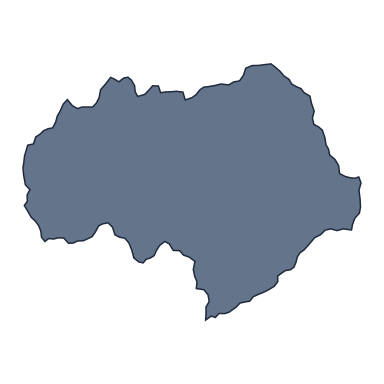 the district of Presidente Bernardes, Minas Gerais, Brazil
{"feature_id": "56859067B22989959001744", "entity_name": "Presidente Bernardes", "entity_type": "district", "adm_level": 2, "iso_a3": "BRA", "parent_name": "Brazil", "parent_adm1": "Minas Gerais", "projection": "equal_earth", "projection_center": [-43.159, -20.778], "detail": "fine", "context": "isolated", "style": "filled", "palette": "slate", "viewbox_px": 384, "rotation_deg": 0, "n_neighbors": 0, "source": "geoboundaries", "source_scale": "gbopen_adm2", "svg_char_len": 2280}
<svg xmlns="http://www.w3.org/2000/svg" viewBox="0 0 384 384"><path d="M205.6,320.1L211.2,316.1L215.4,317.5L218.9,313.5L224.7,313.6L228.9,312.3L232.4,309.8L236.1,307.2L239.9,303.1L244.8,302.0L249.8,301.2L253.0,296.9L258.1,294.5L263.1,292.5L268.9,289.6L274.4,286.2L277.8,281.6L277.7,276.1L281.1,273.5L285.4,270.6L290.4,269.8L294.0,267.1L295.9,262.5L297.4,256.8L300.0,252.8L304.1,249.9L307.7,245.8L311.2,241.9L314.6,237.7L320.3,234.9L325.3,230.1L330.9,228.9L337.1,230.6L343.1,228.9L347.2,229.4L351.5,230.0L352.5,224.5L354.9,218.2L359.4,213.1L360.5,207.0L360.1,199.5L359.0,190.3L361.0,182.9L358.8,177.0L354.9,178.2L350.8,177.9L345.3,176.5L339.6,173.6L338.6,165.5L335.0,159.5L329.6,154.8L328.5,149.1L326.0,144.8L324.9,137.7L322.3,130.1L318.7,127.0L313.9,124.4L312.4,118.0L314.2,111.2L311.6,103.7L309.9,96.1L304.1,92.7L301.0,88.6L296.2,86.6L291.7,84.0L289.1,79.4L284.0,76.0L280.1,71.4L275.8,67.6L271.0,63.9L264.0,64.7L259.0,65.4L252.0,65.6L245.8,68.2L243.4,75.4L239.5,80.9L233.5,82.0L228.8,84.9L221.0,84.0L214.0,85.7L207.7,86.7L203.7,87.2L199.9,89.8L196.4,94.4L192.1,97.6L185.2,99.9L182.9,92.1L176.5,91.3L170.4,91.8L165.9,91.9L160.6,92.7L158.4,86.0L152.6,85.8L149.2,89.8L144.7,94.4L137.7,96.4L135.2,91.8L134.6,85.7L131.4,80.1L127.9,77.2L123.6,78.1L118.9,81.8L114.4,79.1L110.6,77.4L105.8,83.8L100.6,89.7L99.1,97.6L96.4,103.0L92.7,107.0L87.3,107.0L82.1,107.0L77.5,108.6L72.4,105.7L67.4,99.6L63.3,104.0L59.9,111.6L57.3,116.0L55.6,122.3L52.6,127.9L48.1,128.7L43.6,130.7L39.8,134.4L35.8,136.8L33.5,143.9L27.7,145.2L26.0,151.1L24.5,156.1L23.9,161.8L23.0,167.8L23.6,175.0L25.4,184.8L29.9,189.7L27.1,195.0L27.3,201.3L24.3,205.5L27.1,210.1L31.2,217.3L35.7,221.5L38.9,226.1L40.9,231.5L41.5,237.2L44.9,241.5L48.6,238.6L53.7,239.0L58.4,237.8L63.8,238.1L68.5,243.3L73.5,243.0L77.5,241.0L83.5,240.7L88.4,238.4L92.1,236.7L95.4,232.0L98.8,225.7L102.6,223.9L108.0,222.8L112.5,227.2L115.0,234.9L119.8,237.3L124.7,238.1L128.8,242.8L131.8,250.2L133.9,258.0L138.9,262.0L143.2,262.9L146.2,259.2L150.3,258.0L154.1,255.7L156.3,250.7L159.7,245.4L164.7,241.5L169.3,243.9L173.2,250.4L179.6,250.7L183.5,255.1L189.2,257.1L194.9,261.4L193.3,269.5L194.7,276.4L197.0,281.8L196.3,288.6L203.9,289.7L208.0,294.8L209.2,301.5L206.0,307.0L206.0,313.6L205.6,320.1Z" fill="#64748b" stroke="#1e293b" stroke-width="1.5"/></svg>